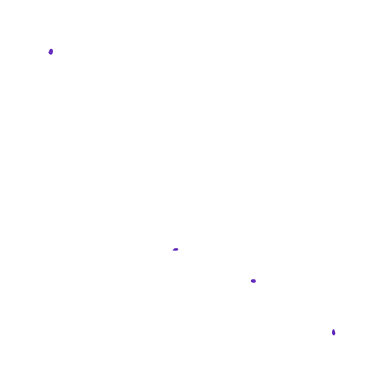 map outline of Austral Islands (orthographic projection), rotated 186°
{"feature_id": "PYF-4966", "entity_name": "Austral Islands", "entity_type": "state/province", "adm_level": 1, "iso_a3": "PYF", "parent_name": "French Polynesia", "parent_adm1": "", "projection": "orthographic", "projection_center": [-147.882, -25.032], "detail": "fine", "context": "isolated", "style": "filled", "palette": "violet", "viewbox_px": 384, "rotation_deg": 186, "n_neighbors": 0, "source": "natural_earth", "source_scale": "10m", "svg_char_len": 796}
<svg xmlns="http://www.w3.org/2000/svg" viewBox="0 0 384 384"><g transform="rotate(186 192 192)"><path d="M348.6,316.0L348.4,316.2L347.8,316.7L347.6,316.9L347.7,317.0L347.8,317.9L347.9,318.0L347.6,318.5L347.2,318.9L346.7,318.9L346.1,318.5L345.8,317.6L345.8,316.2L346.2,314.9L347.1,314.6L348.0,315.1L348.3,315.5L348.6,316.0ZM122.0,108.9L123.1,109.3L123.4,110.1L122.8,110.8L120.8,111.0L120.4,110.8L120.1,110.2L120.0,109.5L120.2,109.2L120.8,109.0L122.0,108.9ZM35.9,65.1L36.3,65.1L36.8,65.6L37.2,66.3L37.3,66.7L37.3,67.9L37.1,69.2L36.8,69.5L36.7,69.5L36.2,68.3L35.7,67.1L35.4,66.0L35.9,65.1ZM200.5,133.5L200.5,133.2L201.3,132.9L202.1,132.7L203.9,132.6L203.7,132.9L203.5,133.1L203.2,133.4L202.9,133.5L201.6,133.8L201.0,133.8L200.5,133.5Z" fill="#8b5cf6" stroke="#5b21b6" stroke-width="1.5"/></g></svg>